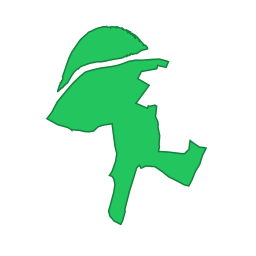 the district of Waraq, Al Jizah, Egypt, rotated 285°
{"feature_id": "37247803B78325352338503", "entity_name": "Waraq", "entity_type": "district", "adm_level": 2, "iso_a3": "EGY", "parent_name": "Egypt", "parent_adm1": "Al Jizah", "projection": "orthographic", "projection_center": [31.223, 30.097], "detail": "fine", "context": "isolated", "style": "filled", "palette": "green", "viewbox_px": 256, "rotation_deg": 285, "n_neighbors": 0, "source": "geoboundaries", "source_scale": "gbopen_adm2", "svg_char_len": 5406}
<svg xmlns="http://www.w3.org/2000/svg" viewBox="0 0 256 256"><g transform="rotate(285 128 128)"><path d="M132.0,191.2L123.1,192.4L117.8,189.2L117.1,186.2L115.2,172.9L113.2,163.5L117.7,163.3L120.4,162.2L128.8,160.6L136.0,157.0L136.8,156.7L139.2,156.2L142.1,155.0L145.8,151.7L156.5,150.0L157.1,147.9L156.7,147.5L154.7,143.6L154.7,141.9L152.1,141.7L153.9,129.3L174.7,137.4L178.2,124.7L186.0,126.3L192.7,140.5L196.1,140.4L196.1,142.1L196.5,149.1L201.0,149.7L202.5,150.0L202.7,148.9L202.7,140.5L200.7,134.2L196.8,123.1L195.7,118.2L192.6,111.5L188.8,106.4L185.3,100.8L183.0,96.0L178.8,86.0L174.2,77.4L171.1,72.5L165.1,68.1L156.5,63.0L143.7,56.9L134.8,52.9L127.8,51.3L127.2,51.1L125.3,50.8L123.9,50.5L116.0,47.3L115.7,48.4L113.0,59.4L112.9,69.5L112.1,73.0L111.4,74.0L111.7,73.9L113.2,81.9L113.3,86.9L114.3,91.5L116.2,95.6L121.3,98.7L124.1,102.8L128.0,111.5L106.7,120.3L100.4,123.8L92.4,124.7L81.7,123.8L77.3,122.3L77.3,124.7L75.5,127.3L70.1,130.0L62.1,130.9L42.5,130.8L38.0,133.5L34.5,138.8L33.0,146.0L37.1,146.8L46.4,146.9L48.7,146.0L67.3,145.8L80.3,146.3L92.0,146.7L95.0,148.8L92.5,151.0L95.9,155.1L97.6,164.0L94.8,172.3L91.3,180.1L90.0,186.9L87.7,197.0L87.7,201.7L94.8,203.3L102.9,204.2L111.6,206.7L120.7,207.0L128.8,208.7L128.7,206.1L128.0,201.9L130.2,195.7L132.0,191.2ZM151.5,55.1L151.8,55.0L153.0,55.8L155.6,57.6L156.2,58.0L158.8,58.6L163.6,59.9L167.1,61.1L167.8,61.4L168.8,61.9L170.5,62.9L171.1,63.1L171.6,63.5L171.8,64.1L171.9,64.4L172.7,64.9L173.9,65.6L174.5,66.0L175.1,66.5L175.7,67.2L176.2,67.8L178.1,70.8L179.2,72.1L179.7,73.1L180.4,74.0L180.9,74.7L181.3,75.8L183.7,80.5L184.3,82.4L184.6,83.6L185.3,85.7L185.7,86.5L186.5,88.2L187.1,89.6L187.4,90.2L188.2,91.3L188.6,92.0L188.8,92.4L189.1,93.5L189.7,94.5L191.3,97.8L192.3,100.2L192.8,101.3L193.4,102.3L193.4,102.6L193.6,103.0L194.5,104.5L195.3,105.5L195.9,106.2L196.6,106.8L196.6,107.7L196.7,108.2L196.7,108.3L196.8,108.3L196.9,108.1L197.1,107.9L197.4,107.8L197.7,107.9L197.8,108.1L197.8,108.3L198.1,108.4L198.2,108.5L197.7,109.1L197.9,109.6L198.0,109.8L198.4,110.0L198.6,110.2L199.1,110.9L199.0,111.1L199.1,111.3L199.3,111.4L199.6,111.3L199.8,111.1L200.0,111.1L200.5,111.6L200.7,111.8L200.7,112.1L200.5,112.5L200.3,112.7L200.2,113.0L200.5,113.6L201.6,115.4L201.9,116.0L202.1,117.0L202.3,117.4L202.7,117.8L203.5,118.3L205.4,120.0L206.5,121.1L206.9,121.6L207.3,122.3L207.8,123.3L208.4,124.7L209.5,126.4L210.3,126.1L210.6,125.9L210.9,125.6L211.4,125.0L211.8,124.5L212.3,123.5L212.4,123.1L212.4,122.8L212.1,122.5L212.2,122.4L212.4,122.2L212.5,122.0L212.3,121.8L211.9,121.5L211.9,121.4L212.1,121.2L212.3,121.2L212.5,121.2L212.7,121.3L212.8,121.2L213.2,120.7L213.6,120.4L213.7,120.2L214.3,119.1L215.0,117.9L215.5,117.3L215.4,117.2L214.9,117.0L214.8,116.8L214.5,116.5L214.3,116.1L214.9,116.6L215.1,116.8L215.6,117.0L215.9,116.9L216.0,116.7L216.5,115.9L216.4,115.7L216.1,115.5L216.1,115.4L216.4,115.2L216.8,115.2L217.1,114.8L217.5,114.5L217.6,114.2L217.9,113.9L218.2,113.5L218.3,113.4L218.3,113.2L218.2,113.0L218.0,112.8L217.6,112.4L217.3,112.3L216.9,112.2L216.7,112.0L216.5,111.8L216.6,111.6L216.8,111.4L217.0,111.4L217.7,111.5L218.1,111.7L218.4,111.5L218.9,111.6L218.8,111.3L217.9,110.4L217.9,110.2L218.0,110.0L218.8,110.5L219.0,110.7L219.2,110.8L219.5,110.7L219.7,110.4L219.7,109.9L219.8,109.6L219.8,109.4L219.6,109.2L219.2,108.9L218.9,108.7L219.0,108.4L219.3,108.3L219.5,108.4L219.8,108.6L220.0,108.6L220.3,107.9L220.3,107.6L220.1,107.6L219.7,107.5L219.6,107.4L219.5,107.2L219.8,107.1L220.4,107.3L220.5,107.3L220.6,107.1L220.5,106.9L219.8,106.5L219.7,106.4L219.6,106.1L219.8,105.6L220.0,105.2L220.3,105.0L220.5,104.9L220.7,105.2L220.9,105.4L221.3,105.4L221.5,105.4L221.5,105.1L221.4,104.9L220.4,103.6L220.2,103.3L220.3,103.3L220.6,103.5L221.6,104.2L221.9,103.2L222.1,102.3L221.4,102.1L221.2,102.0L221.3,101.9L222.1,101.9L222.2,101.6L222.0,101.2L222.3,101.0L222.3,100.9L222.2,100.8L222.0,100.7L222.0,100.4L221.8,100.2L221.7,99.9L221.8,98.2L221.9,97.8L222.1,97.9L222.2,98.1L222.4,98.1L222.4,97.9L222.3,97.4L222.4,97.2L222.8,97.1L222.9,96.9L222.2,96.9L222.2,96.7L222.7,96.3L222.9,96.1L222.7,95.5L222.6,95.2L222.4,94.4L222.4,94.1L222.5,94.0L222.5,93.7L222.5,93.3L222.8,92.7L222.8,91.8L223.0,91.4L222.9,91.0L222.8,90.9L221.9,91.0L221.7,91.0L221.6,90.9L222.1,90.6L222.2,90.4L222.4,90.2L222.3,89.6L221.9,88.1L221.8,87.4L221.8,87.0L221.8,86.5L221.7,86.3L221.6,85.9L221.4,85.6L221.2,85.3L221.0,85.2L220.4,85.2L220.2,85.2L220.3,85.1L220.6,84.7L220.7,84.1L220.2,82.8L220.1,82.2L220.2,81.8L220.6,81.3L220.6,81.2L220.5,80.9L220.2,80.5L220.1,80.3L219.3,77.7L219.1,77.1L218.8,76.7L218.3,76.4L218.2,76.1L218.0,75.4L217.8,75.0L217.0,73.7L216.5,72.8L216.1,72.3L215.0,70.8L212.3,67.8L211.7,67.0L211.0,66.0L210.2,65.1L209.6,64.7L208.6,64.3L206.1,62.5L202.6,60.2L201.6,59.6L200.4,59.0L198.9,58.3L197.8,58.0L195.6,57.2L194.3,56.8L192.9,56.2L191.3,55.7L188.5,54.8L186.8,54.1L186.3,54.0L185.5,53.9L183.3,53.4L180.1,52.9L179.3,52.8L178.6,52.8L177.6,52.7L175.8,52.6L174.8,52.5L174.2,52.4L173.4,52.4L170.8,52.2L169.0,52.1L166.1,51.9L164.5,51.8L163.4,51.7L160.9,51.5L160.5,51.5L160.1,51.6L159.2,52.1L158.7,52.3L158.2,52.3L157.7,52.3L156.8,51.9L156.5,51.7L156.0,51.7L155.4,51.6L154.4,51.4L154.2,51.0L154.1,50.9L153.7,51.0L152.8,51.1L152.5,51.2L152.2,51.1L151.6,50.8L151.3,50.8L146.6,50.6L145.4,50.6L145.1,50.7L145.2,50.9L145.7,51.3L149.0,53.2L149.2,53.3L149.3,53.6L149.4,53.8L149.7,54.1L150.4,54.5L151.2,55.0L151.5,55.1Z" fill="#22c55e" stroke="#15803d" stroke-width="1.5"/></g></svg>